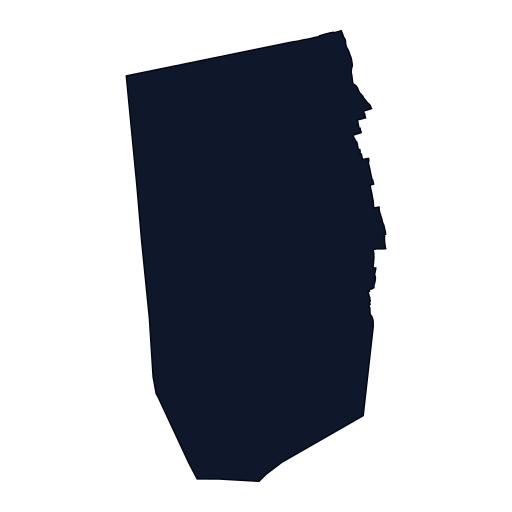 Krasae Sin, Thailand
{"feature_id": "78962969B29220890850544", "entity_name": "Krasae Sin", "entity_type": "district", "adm_level": 2, "iso_a3": "THA", "parent_name": "Thailand", "parent_adm1": "", "projection": "natural_earth1", "projection_center": [100.354, 7.607], "detail": "fine", "context": "isolated", "style": "filled", "palette": "ink", "viewbox_px": 512, "rotation_deg": 0, "n_neighbors": 0, "source": "geoboundaries", "source_scale": "gbopen_adm2", "svg_char_len": 5146}
<svg xmlns="http://www.w3.org/2000/svg" viewBox="0 0 512 512"><path d="M218.9,479.0L259.0,481.3L266.0,474.3L281.9,462.2L363.2,415.6L373.1,327.6L373.2,326.2L373.2,323.2L373.1,321.2L372.9,319.9L372.6,318.6L372.1,317.2L371.5,316.1L370.7,315.0L370.3,314.4L370.2,314.1L370.1,313.8L370.0,313.5L370.1,312.9L369.9,311.4L369.9,310.4L369.9,309.0L369.9,308.6L369.8,308.2L369.4,306.8L369.3,306.6L369.1,306.3L369.0,306.2L368.9,305.9L368.8,305.2L369.0,304.9L370.0,304.6L370.1,304.4L370.1,304.2L369.7,303.0L369.6,302.8L369.4,301.4L369.5,301.3L370.2,301.1L369.8,298.6L369.7,297.4L369.6,297.0L369.5,296.7L369.3,296.4L369.1,295.6L368.8,294.6L368.4,293.2L368.2,292.6L368.0,291.8L368.0,291.6L368.1,291.4L369.2,291.4L369.4,291.4L369.5,291.3L369.5,291.2L369.4,290.5L369.3,289.8L369.3,289.6L369.7,289.4L370.3,289.2L370.9,289.1L371.7,289.0L371.8,288.9L372.0,288.8L372.1,288.6L372.3,288.4L372.7,288.2L373.5,288.0L373.8,287.9L373.9,287.7L373.9,285.6L374.0,285.0L374.1,284.4L374.2,284.1L374.4,283.6L374.6,283.2L374.7,282.8L374.8,282.2L375.0,281.3L375.1,280.8L375.4,278.7L375.4,278.4L375.4,277.6L375.3,277.0L375.2,276.5L374.8,275.2L374.5,274.6L374.5,274.3L374.8,273.7L374.8,273.2L375.4,270.6L375.7,269.0L375.8,268.1L375.1,267.9L374.8,267.9L373.9,268.0L373.4,268.1L373.1,268.1L373.2,265.8L373.5,263.1L373.6,261.8L373.9,257.7L373.9,257.1L373.8,255.3L373.8,253.8L373.4,251.1L373.3,249.4L373.3,249.2L374.8,249.2L374.7,248.9L374.8,248.9L375.4,248.8L377.1,248.9L377.6,248.9L378.4,248.8L379.8,248.9L383.8,248.8L384.8,248.8L385.7,248.6L385.6,248.2L385.4,247.5L385.3,246.9L385.3,246.6L385.0,244.9L384.6,242.1L384.6,241.6L384.5,240.7L384.5,239.0L384.4,237.7L384.4,237.3L384.4,237.2L384.5,237.1L384.6,236.8L384.6,236.6L384.4,235.6L384.2,234.6L385.6,234.3L385.7,234.2L385.5,233.2L385.4,232.4L385.4,232.0L384.9,230.0L383.8,225.1L383.7,224.9L383.5,224.6L383.3,224.3L383.2,224.2L382.9,222.9L382.5,222.6L382.4,221.9L382.2,221.0L382.1,220.1L382.0,219.7L381.9,219.1L381.3,217.5L381.3,217.3L381.2,217.3L380.9,217.3L380.9,217.2L380.9,216.7L380.5,214.8L380.4,214.4L380.3,214.2L380.0,213.7L379.7,212.6L379.1,209.3L379.1,209.1L379.2,208.5L379.2,208.2L379.2,207.6L379.1,207.2L378.9,207.0L377.0,207.5L376.0,207.6L373.7,208.0L373.6,207.9L373.4,207.6L373.5,207.3L373.5,207.2L373.7,206.8L373.7,206.7L373.5,205.7L373.5,205.1L373.4,203.7L373.4,203.0L373.3,202.1L373.3,201.7L373.2,201.0L372.8,199.0L372.6,198.3L372.5,197.6L372.4,197.2L372.3,196.5L371.9,194.3L371.9,194.0L371.7,193.1L371.3,191.3L371.1,190.4L371.0,189.9L370.7,188.8L370.5,187.7L370.4,187.1L370.3,186.5L370.3,186.4L370.4,185.0L373.6,184.1L373.2,182.2L373.1,181.9L372.9,181.0L372.7,179.9L372.4,179.8L372.2,179.7L372.0,179.4L371.9,179.2L371.5,177.1L371.4,176.5L371.3,176.3L371.2,176.0L371.1,175.7L369.6,168.2L369.0,165.5L368.7,164.5L368.5,163.0L368.2,162.1L368.2,161.9L368.2,161.7L368.3,161.7L368.7,161.5L368.8,161.4L368.7,160.5L368.8,159.7L368.6,158.7L368.5,158.4L368.4,158.4L367.8,158.5L366.4,158.7L362.7,159.5L362.4,159.4L362.2,158.9L362.3,158.5L362.3,158.4L362.2,158.1L362.1,157.7L361.4,154.5L361.3,154.0L361.2,153.9L360.6,154.0L360.4,154.0L360.3,153.8L360.0,152.2L360.2,151.8L360.2,151.7L359.8,149.6L359.7,149.5L358.5,149.8L358.4,149.8L358.3,149.7L357.7,146.5L357.6,145.9L357.4,144.7L357.2,144.1L357.1,143.8L357.1,143.5L356.9,142.2L356.7,142.0L356.1,142.2L355.9,142.0L355.6,140.4L355.1,140.3L355.0,140.2L354.6,138.6L354.4,138.5L354.2,138.5L354.0,138.1L353.7,137.2L353.4,136.4L353.2,135.7L353.2,135.4L353.2,135.2L355.5,134.4L356.2,134.2L359.4,133.2L361.0,132.7L361.2,132.4L360.6,130.5L360.5,130.3L360.2,128.5L360.2,128.4L360.1,128.2L359.2,128.5L359.1,128.4L358.9,127.7L358.0,122.9L357.6,121.0L357.4,120.0L357.5,119.9L362.3,118.7L363.8,118.3L364.7,118.0L365.5,117.9L364.6,113.8L364.1,114.0L363.8,112.1L363.7,111.4L363.6,111.0L363.6,110.9L363.8,110.8L366.5,110.3L366.9,110.1L371.0,108.8L371.5,108.6L370.9,107.3L370.4,105.9L370.2,105.6L369.7,104.8L369.5,104.5L367.7,103.0L367.2,102.5L365.5,100.2L364.1,98.6L363.7,98.0L363.3,97.4L363.2,97.1L362.9,96.4L362.8,96.2L362.6,96.0L361.7,95.1L361.0,94.4L360.9,94.1L360.4,93.7L360.0,93.3L359.8,92.9L359.4,92.3L358.9,91.4L358.3,90.0L357.3,87.6L356.7,86.7L356.0,85.9L355.9,85.7L355.6,85.4L355.0,85.1L353.4,84.1L353.1,83.9L353.0,83.7L352.9,83.6L352.8,83.1L352.5,81.1L352.3,79.3L352.0,77.1L351.7,74.7L351.4,73.5L351.2,72.4L351.2,71.8L351.2,71.2L351.4,69.8L351.5,68.4L351.7,67.9L351.9,67.0L352.3,66.2L352.3,65.5L352.1,63.5L351.9,62.1L351.6,60.2L351.4,59.3L351.1,57.9L350.8,57.0L349.7,54.4L349.6,53.8L349.2,52.6L348.9,51.8L348.7,51.2L348.3,50.4L348.0,49.8L347.4,48.8L346.9,48.0L346.7,47.5L346.4,46.7L346.0,45.5L345.9,45.0L345.7,44.2L345.6,43.5L345.5,41.2L345.4,40.8L345.4,40.5L345.3,40.2L345.1,39.5L344.8,39.0L344.7,38.7L344.0,37.6L343.5,36.9L343.4,36.4L342.6,34.3L342.3,33.3L341.2,30.7L339.4,31.3L336.8,32.0L333.3,32.9L333.2,32.3L332.4,32.5L330.4,32.8L327.4,33.6L325.2,34.1L322.9,34.8L319.5,35.8L319.6,36.5L317.4,36.9L314.1,37.6L312.6,38.0L309.1,38.9L307.2,39.3L306.7,39.3L304.2,39.7L302.7,40.0L300.2,40.6L298.0,41.1L291.9,42.0L126.3,75.9L136.9,185.9L141.6,240.8L149.4,318.5L153.1,376.9L156.2,393.7L158.3,397.5L188.9,463.1L197.2,478.9L218.9,479.0Z" fill="#0f172a" stroke="#020617" stroke-width="1.5"/></svg>